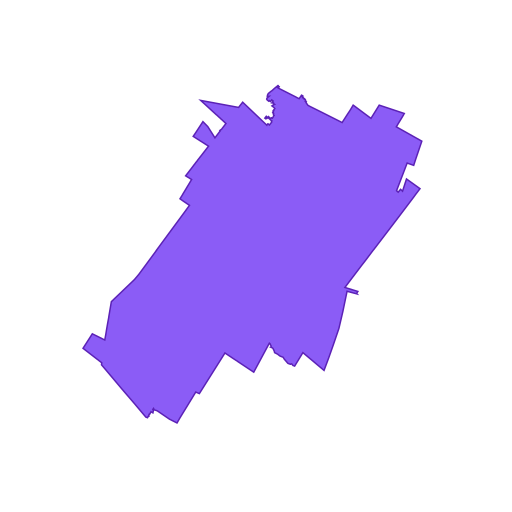 Cedral, San Luis Potosí, Mexico, rotated 206°
{"feature_id": "50627088B34080095276274", "entity_name": "Cedral", "entity_type": "district", "adm_level": 2, "iso_a3": "MEX", "parent_name": "Mexico", "parent_adm1": "San Luis Potosí", "projection": "albers", "projection_center": [-100.648, 23.94], "detail": "fine", "context": "isolated", "style": "filled", "palette": "violet", "viewbox_px": 512, "rotation_deg": 206, "n_neighbors": 0, "source": "geoboundaries", "source_scale": "gbopen_adm2", "svg_char_len": 3717}
<svg xmlns="http://www.w3.org/2000/svg" viewBox="0 0 512 512"><g transform="rotate(206 256 256)"><path d="M300.9,70.2L284.4,62.9L282.6,63.1L282.6,64.5L282.5,64.8L282.3,64.7L282.0,65.1L282.5,65.7L282.6,65.8L282.4,66.5L282.7,66.9L282.5,67.3L282.2,67.3L282.1,70.0L279.9,69.8L280.5,72.3L281.5,72.8L281.3,74.1L279.9,73.1L277.6,73.5L276.5,73.5L262.2,71.4L253.8,71.3L253.4,77.0L250.5,107.3L246.6,107.5L241.4,155.2L207.1,150.6L205.8,183.5L204.9,183.3L204.0,182.5L202.9,181.7L202.6,181.0L202.9,180.5L200.7,180.6L199.9,180.1L198.6,179.1L197.7,178.3L197.1,177.5L196.4,177.2L195.7,177.3L193.3,177.2L192.1,176.9L190.6,176.6L189.3,176.7L187.3,176.9L186.9,176.7L185.4,175.7L180.3,173.5L178.9,173.6L177.6,173.8L177.4,173.9L177.2,174.3L176.8,174.6L176.3,174.6L176.0,174.4L175.1,173.9L174.6,173.8L174.0,173.9L173.6,174.0L173.0,174.0L171.5,189.7L144.7,183.0L146.0,196.4L147.5,209.5L149.7,227.1L153.6,244.2L158.7,264.2L148.6,266.2L149.1,266.4L149.1,267.1L149.0,267.9L148.9,268.8L162.3,266.7L160.4,276.4L157.0,293.6L155.7,299.7L153.2,312.6L153.0,313.3L149.1,332.6L146.5,345.5L143.0,363.2L140.1,378.0L139.5,381.4L138.1,388.4L154.5,391.2L152.7,378.5L155.3,379.3L156.2,375.7L158.3,376.3L160.9,405.8L154.0,406.6L154.9,413.0L157.3,431.9L186.4,433.6L186.5,433.6L186.1,438.2L185.6,443.4L185.3,447.0L185.2,449.1L211.4,445.6L213.0,430.1L221.0,431.6L223.1,432.0L225.7,432.5L233.6,434.0L234.8,434.2L235.3,428.2L235.6,426.0L235.7,425.4L235.7,425.2L235.9,423.8L237.1,413.7L260.2,414.0L260.4,414.0L273.4,414.1L274.8,414.2L275.4,414.2L278.4,415.9L278.4,416.7L279.1,416.7L279.6,416.7L279.6,417.7L280.2,418.1L281.0,418.1L281.5,418.1L281.6,418.3L281.5,418.7L283.0,418.7L283.5,418.7L283.3,419.5L284.1,419.6L284.4,419.6L284.3,420.1L284.3,420.5L285.6,420.5L285.7,419.6L286.2,416.3L286.6,416.3L287.6,416.3L289.1,416.3L289.7,416.4L290.5,416.4L309.5,416.7L309.4,418.3L310.7,418.2L310.7,419.4L311.5,417.7L311.4,417.6L311.2,417.6L311.2,417.3L310.9,417.3L311.0,416.9L311.6,416.8L311.7,417.2L312.2,416.3L313.1,414.2L314.2,411.4L314.6,410.9L315.1,409.8L316.2,407.4L316.2,405.6L315.8,404.4L314.7,405.0L314.2,405.3L314.6,404.3L314.7,404.1L315.2,403.2L315.3,402.2L315.2,401.8L315.2,401.7L314.5,401.2L314.2,401.1L312.4,400.7L312.0,401.5L310.8,401.1L310.7,401.1L310.3,403.2L308.5,402.8L308.9,400.6L307.4,401.3L306.8,400.7L307.7,400.5L305.8,400.4L306.2,399.9L307.5,397.9L304.8,397.3L303.7,396.8L304.1,394.7L303.2,394.4L304.2,394.6L304.3,393.7L303.5,393.2L303.8,392.2L302.7,391.9L302.8,391.3L302.0,390.6L301.3,390.2L301.7,389.3L301.5,388.7L301.7,387.0L302.7,387.0L302.9,386.4L303.9,386.2L304.0,386.0L305.8,386.8L306.1,385.6L308.0,386.1L308.5,383.8L306.6,383.5L307.9,384.3L307.1,385.4L306.3,384.9L306.0,385.6L304.2,385.2L302.3,384.6L301.3,384.4L301.0,384.4L301.0,383.5L300.6,383.2L300.9,381.8L300.9,381.7L301.4,379.6L303.2,380.1L303.3,380.0L303.6,378.8L303.6,378.3L335.4,388.4L336.8,381.9L373.9,371.6L353.7,365.6L353.1,365.5L350.5,364.7L350.2,364.6L348.3,364.1L348.2,364.0L347.6,363.8L346.7,363.6L341.1,361.9L342.4,355.5L342.4,355.1L343.1,353.8L343.5,353.0L343.0,352.8L344.7,344.2L356.1,351.2L362.6,353.5L364.3,340.1L364.4,339.4L364.9,336.0L349.3,334.2L349.1,334.2L346.8,333.9L348.4,326.2L348.6,325.2L350.4,316.9L350.7,315.0L351.0,314.0L351.2,312.9L351.3,312.2L351.7,310.5L352.0,308.8L354.4,297.2L347.4,296.5L348.7,281.7L348.9,279.7L348.9,279.0L349.4,274.1L345.8,273.5L344.4,273.3L341.0,272.8L340.4,272.7L338.0,272.4L339.7,262.8L346.4,226.3L348.0,217.5L347.9,217.5L353.3,188.0L354.8,182.1L354.8,181.9L360.3,167.0L360.9,165.3L364.4,155.9L365.4,153.1L366.0,151.6L361.8,137.3L361.4,136.1L359.7,130.0L358.1,124.5L356.7,119.9L355.1,114.2L369.0,114.3L371.0,97.2L347.8,92.4L347.2,90.5L342.4,88.4L318.5,77.8L300.9,70.2Z" fill="#8b5cf6" stroke="#5b21b6" stroke-width="1.5"/></g></svg>